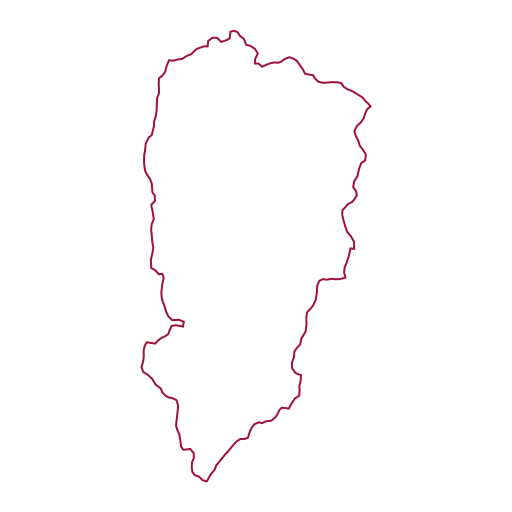 the district of Cruzília, Minas Gerais, Brazil
{"feature_id": "56859067B62887597748412", "entity_name": "Cruzília", "entity_type": "district", "adm_level": 2, "iso_a3": "BRA", "parent_name": "Brazil", "parent_adm1": "Minas Gerais", "projection": "equal_earth", "projection_center": [-44.799, -21.748], "detail": "fine", "context": "isolated", "style": "outline", "palette": "rose", "viewbox_px": 512, "rotation_deg": 0, "n_neighbors": 0, "source": "geoboundaries", "source_scale": "gbopen_adm2", "svg_char_len": 3134}
<svg xmlns="http://www.w3.org/2000/svg" viewBox="0 0 512 512"><path d="M354.1,248.9L354.1,242.0L351.0,236.4L347.1,231.7L345.2,226.2L343.4,219.9L342.2,214.6L342.5,210.1L345.0,207.6L347.9,204.1L352.0,202.0L354.3,199.4L356.8,195.4L356.1,191.3L353.2,187.1L354.2,181.2L357.4,176.3L359.1,168.7L361.2,163.2L365.1,160.5L365.9,154.5L363.1,150.0L359.8,145.7L358.1,140.2L355.8,135.8L354.3,131.3L356.8,126.2L360.7,122.5L363.6,118.6L365.1,113.7L367.2,109.3L370.5,106.4L368.2,103.6L365.6,101.2L362.5,97.5L356.1,93.4L351.9,91.0L347.8,89.4L343.7,86.8L341.4,83.2L338.0,82.4L332.7,82.1L328.7,82.4L323.6,82.9L318.2,81.7L315.0,78.3L313.0,75.1L308.1,74.5L304.9,73.6L303.1,69.7L300.3,65.7L296.7,60.7L293.2,58.5L289.3,57.2L284.6,59.1L281.3,61.6L278.4,62.7L274.3,62.5L270.8,63.1L266.8,64.6L262.1,66.7L258.5,63.6L254.9,63.5L255.2,59.1L257.8,53.4L254.9,48.9L250.3,45.8L246.1,44.7L243.8,38.8L240.0,35.9L237.6,32.2L234.1,30.7L230.4,31.7L229.7,38.4L226.0,40.4L221.2,41.9L217.2,37.9L212.5,37.7L208.2,41.0L207.6,46.4L204.1,46.3L200.6,47.5L196.8,48.9L193.8,51.5L191.5,54.1L187.9,55.4L185.1,56.9L182.3,58.9L178.0,59.4L173.4,60.7L169.0,60.3L166.4,66.8L165.2,71.7L162.8,75.2L159.0,78.3L158.7,83.7L159.0,89.2L158.9,93.4L157.3,97.5L156.8,103.9L156.6,110.9L155.6,116.8L154.1,121.4L154.0,126.1L152.8,130.8L151.7,135.2L148.9,137.3L145.7,143.6L145.2,149.6L144.2,155.3L144.0,161.9L144.4,166.3L145.3,171.3L147.4,175.2L150.1,179.1L151.7,183.3L152.1,188.4L152.5,192.5L154.7,195.4L155.0,200.7L151.2,205.0L152.7,212.0L153.8,219.1L151.8,223.9L151.1,229.6L151.8,235.5L152.2,241.4L153.3,247.6L152.3,253.6L150.9,259.8L151.3,268.1L155.4,270.3L158.8,274.3L162.5,273.9L163.7,278.1L162.2,284.5L161.4,291.8L161.6,297.0L162.5,300.9L164.5,306.2L166.3,312.1L168.4,316.5L172.4,320.2L179.0,319.8L183.8,321.8L182.9,326.6L178.7,325.7L175.7,325.3L171.6,325.9L170.0,329.4L168.2,334.2L165.1,336.2L161.5,337.9L157.9,340.6L155.3,343.6L151.3,343.0L146.7,342.3L144.7,345.9L143.6,350.9L143.8,356.5L143.1,361.5L141.5,367.3L143.4,372.1L147.8,374.7L152.2,378.9L155.8,384.8L160.7,388.5L162.7,392.9L165.3,395.5L168.4,397.3L172.6,398.3L176.5,400.1L178.2,406.0L177.3,414.3L176.5,420.9L176.1,425.8L177.2,429.7L179.1,433.8L180.3,439.7L181.0,446.5L183.4,449.8L187.1,449.4L190.1,448.9L193.7,453.1L193.9,458.1L192.1,462.0L191.7,467.5L192.4,471.9L194.6,475.0L199.2,476.8L202.7,480.3L206.8,481.3L209.0,477.4L211.2,473.7L214.4,470.1L216.3,465.3L218.8,462.4L221.9,458.5L225.2,454.4L228.1,451.4L231.2,447.4L236.1,441.9L240.0,439.1L244.7,438.9L248.0,437.7L249.5,432.5L251.3,428.3L254.4,424.2L258.8,422.3L262.2,423.1L265.8,421.3L271.2,420.7L275.1,417.6L277.5,414.2L279.2,410.4L281.5,407.9L284.5,407.9L288.8,408.6L291.3,403.9L295.0,398.3L299.1,395.9L299.6,390.5L299.3,386.1L300.6,381.3L301.0,375.2L295.4,373.0L292.1,368.1L292.0,362.1L293.9,357.6L294.4,351.6L296.7,348.0L300.1,344.5L301.4,338.4L303.3,335.4L305.7,331.2L306.5,324.4L306.3,317.4L307.1,312.3L310.2,309.1L313.0,305.6L315.7,299.9L316.9,292.4L317.2,285.6L319.3,280.9L323.0,279.1L326.8,279.7L331.0,278.9L335.0,279.2L340.1,279.1L345.5,277.5L344.1,272.5L344.7,267.0L346.6,262.9L348.7,256.5L350.4,248.4L354.1,248.9Z" fill="none" stroke="#9f1239" stroke-width="2"/></svg>